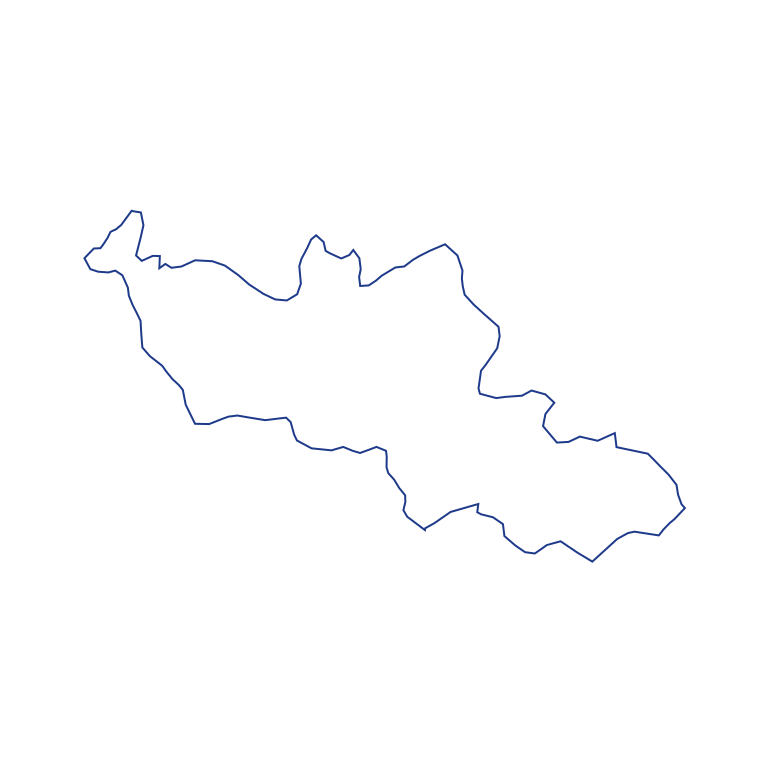 outline of Hongcheon-gun, Gangwon, South Korea, rotated 38°
{"feature_id": "91817680B15226656503507", "entity_name": "Hongcheon-gun", "entity_type": "district", "adm_level": 2, "iso_a3": "KOR", "parent_name": "South Korea", "parent_adm1": "Gangwon", "projection": "mercator", "projection_center": [128.024, 37.738], "detail": "fine", "context": "isolated", "style": "outline", "palette": "blue", "viewbox_px": 768, "rotation_deg": 38, "n_neighbors": 0, "source": "geoboundaries", "source_scale": "gbopen_adm2", "svg_char_len": 2177}
<svg xmlns="http://www.w3.org/2000/svg" viewBox="0 0 768 768"><g transform="rotate(38 384 384)"><path d="M634.8,276.5L606.1,290.6L596.1,280.6L587.3,297.2L570.7,304.9L565.1,316.0L556.3,323.7L535.3,319.3L529.7,308.3L529.7,306.0L529.7,293.9L517.6,292.8L504.3,298.3L499.9,308.3L487.7,319.3L481.1,326.0L465.6,332.6L461.2,329.3L452.3,313.8L452.3,306.0L451.2,286.1L445.7,275.1L439.0,268.4L420.2,267.3L405.8,266.2L392.6,264.0L385.9,258.5L380.4,252.9L376.0,246.3L362.7,237.5L346.1,236.3L338.2,250.6L333.2,261.2L330.4,268.3L327.6,278.9L321.2,285.2L315.5,300.1L314.1,307.2L311.3,315.7L304.9,321.4L298.5,315.0L295.0,307.9L287.2,300.1L277.3,297.3L277.3,303.7L273.0,311.4L261.0,314.3L256.0,315.0L249.0,309.3L239.0,308.6L237.6,315.0L239.8,324.2L241.9,336.2L244.7,343.3L256.7,356.1L260.3,366.7L256.0,378.0L246.1,384.4L233.4,387.2L216.4,388.6L202.2,387.9L185.9,388.6L173.2,392.9L159.0,402.8L152.0,416.2L144.9,423.3L137.8,424.0L135.7,431.1L128.6,421.2L122.9,425.4L117.3,436.1L109.5,435.4L102.4,419.1L96.7,407.0L86.8,398.5L79.0,402.8L78.5,402.9L79.0,420.5L77.6,426.9L74.8,432.5L76.2,438.9L76.9,447.4L76.9,451.6L71.9,455.9L70.5,469.3L81.9,474.3L84.6,473.3L89.6,471.5L98.1,465.8L102.4,460.1L110.9,459.4L122.9,465.8L128.6,471.5L137.1,476.4L146.3,480.7L153.4,484.2L158.3,489.9L163.3,495.5L171.1,504.0L182.4,506.2L198.0,506.2L205.1,508.3L214.3,510.4L222.8,511.1L229.1,512.5L240.5,522.4L259.6,531.7L270.9,523.2L278.0,511.1L281.5,505.5L287.9,499.1L298.5,493.4L312.7,485.6L316.9,481.4L321.9,476.4L327.6,470.8L333.9,471.5L344.5,479.3L350.2,482.1L366.5,479.3L383.5,468.6L390.6,458.7L400.5,455.9L407.6,453.1L412.5,445.3L416.8,438.2L426.7,435.4L430.9,439.6L437.3,448.1L442.3,451.6L450.8,453.1L460.0,456.6L469.2,458.7L473.4,463.7L477.0,471.5L484.0,474.3L506.2,473.9L505.3,472.2L509.5,462.3L515.2,443.9L526.5,428.3L532.2,420.5L536.4,427.6L540.7,426.9L552.0,421.9L564.0,421.2L572.5,429.7L586.7,430.4L598.7,429.7L607.2,424.7L611.5,410.6L620.0,399.2L640.5,397.8L657.5,395.7L663.2,362.4L668.1,351.1L672.4,346.1L693.8,334.1L693.8,326.4L694.8,317.4L696.1,311.5L697.5,296.5L692.5,295.6L683.9,290.2L676.6,283.4L663.9,280.2L652.2,278.8L643.1,277.5L634.8,276.5Z" fill="none" stroke="#1e3a8a" stroke-width="2"/></g></svg>